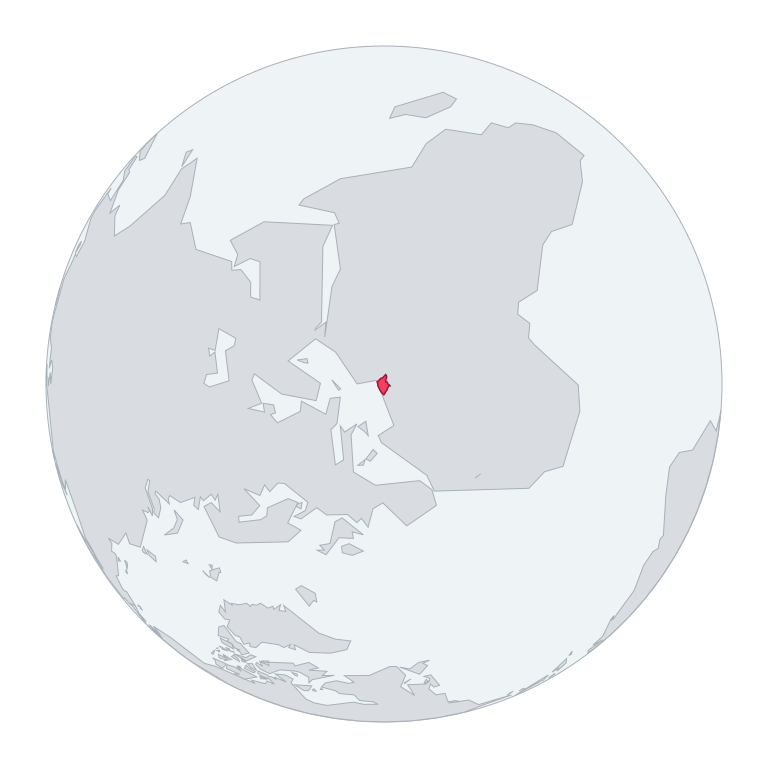 the Earth from above Surt, rotated 222°
{"feature_id": "LBY-2985", "entity_name": "Surt", "entity_type": "Municipality", "adm_level": 1, "iso_a3": "LBY", "parent_name": "Libya", "parent_adm1": "", "projection": "orthographic", "projection_center": [17.512, 29.873], "detail": "fine", "context": "on_globe", "style": "filled", "palette": "rose", "viewbox_px": 768, "rotation_deg": 222, "n_neighbors": 0, "source": "natural_earth", "source_scale": "10m", "svg_char_len": 10643}
<svg xmlns="http://www.w3.org/2000/svg" viewBox="0 0 768 768"><g transform="rotate(222 384 384)"><circle cx="384" cy="384" r="338" fill="#eef3f6" stroke="#a8b0b8"/><path d="M289.7,59.5L299.1,57.0L340.4,49.0L348.9,47.9L351.4,47.7L350.6,47.9L356.4,47.2L386.1,46.1L392.3,46.2L393.0,46.4L379.5,46.8L379.7,47.2L390.3,47.1L397.6,48.0L382.1,47.9L393.3,49.7L372.9,52.8L330.7,56.2L320.3,61.4L279.4,75.1L284.1,75.3L271.6,82.0L272.3,85.1L264.5,87.6L271.9,88.0L278.9,85.2L284.4,84.6L285.5,86.5L275.7,89.7L273.8,89.3L271.5,91.3L266.1,92.3L269.4,92.8L257.4,97.1L270.8,95.8L262.5,101.8L254.1,103.9L253.2,99.8L231.4,97.6L222.6,100.2L211.3,107.0L193.7,127.2L184.8,132.3L174.1,142.0L179.7,140.4L190.2,132.5L198.1,133.0L209.9,124.2L214.9,123.5L227.8,116.9L227.7,122.4L220.7,131.7L210.0,137.8L206.6,142.4L218.3,140.8L200.0,157.4L190.5,178.1L185.5,182.5L173.0,182.0L169.0,170.2L152.8,173.1L165.2,176.3L152.6,188.6L151.3,193.2L153.1,195.9L158.6,193.5L154.7,199.2L141.0,197.3L144.3,192.0L148.6,192.4L146.7,187.4L137.4,187.8L131.7,194.9L123.6,190.7L119.5,196.1L115.4,198.7L122.5,190.2L109.5,205.9L99.1,209.1L81.2,238.3L96.8,209.4L101.1,200.8L104.8,194.0L101.7,198.5L105.6,192.5L120.9,171.9L137.8,152.5L156.2,134.4L175.8,117.8L196.7,102.8L218.6,89.3L241.5,77.6L265.3,67.6L289.7,59.5ZM51.5,323.5L50.9,327.4L52.7,320.7L54.0,323.0L50.3,340.1L54.0,329.6L52.7,342.7L57.6,360.0L56.3,362.4L59.9,397.8L69.7,423.1L72.0,439.5L70.2,445.3L75.0,453.3L75.1,458.5L99.4,489.0L116.2,513.3L118.7,530.7L110.5,541.4L116.9,575.1L105.8,571.4L112.3,583.7L116.0,589.8L101.2,568.9L88.0,546.9L76.5,524.0L66.7,500.3L58.8,475.9L52.8,451.0L48.7,425.6L46.5,400.1L46.2,374.4L47.9,348.8L51.5,323.5ZM76.3,247.1L67.2,277.8L67.5,269.9L68.3,269.2L71.7,259.2L76.2,246.1L77.9,241.0L76.3,247.1ZM83.1,238.9L84.3,234.9L83.8,237.7L83.1,238.9ZM397.3,46.3L398.5,46.4L393.3,46.2L394.0,46.2L397.3,46.3ZM226.9,114.4L227.3,115.6L224.7,116.2L226.9,114.4ZM232.1,110.6L228.9,110.5L230.9,108.7L232.8,108.8L232.1,110.6ZM402.8,47.1L408.0,47.7L400.4,47.0L402.8,47.1ZM235.7,111.4L234.8,105.6L238.4,102.6L248.9,100.8L235.7,111.4ZM409.5,48.2L422.2,50.6L427.0,50.6L420.5,52.9L411.9,49.5L401.7,48.4L408.5,48.6L409.5,48.2ZM280.6,83.6L273.2,86.6L278.4,82.5L280.6,83.6ZM282.5,81.2L290.4,71.0L301.9,68.0L296.9,71.7L311.0,67.1L312.7,70.5L305.4,73.9L297.6,75.0L304.2,75.6L282.5,81.2ZM414.9,54.2L415.9,55.2L412.2,54.3L414.9,54.2ZM287.0,84.1L287.6,82.1L297.6,79.2L298.3,82.9L294.8,82.5L287.0,84.1ZM313.8,64.6L321.4,63.5L324.8,65.8L328.2,65.8L313.7,70.4L313.8,64.6ZM293.1,84.1L298.4,84.9L294.7,88.1L287.2,86.0L293.1,84.1ZM299.9,77.1L304.7,76.0L302.2,77.7L299.9,77.1ZM284.4,100.8L284.9,97.8L290.1,95.9L284.4,100.8ZM300.6,85.0L301.8,83.9L303.9,83.0L306.5,84.3L300.6,85.0ZM317.2,72.0L317.0,73.4L323.3,70.2L326.1,72.3L315.9,75.2L321.5,74.8L322.4,75.5L313.1,77.2L317.2,72.0ZM315.5,82.9L303.6,88.2L301.6,93.8L296.8,95.5L300.9,86.2L315.5,82.9ZM314.9,79.3L314.2,81.9L308.7,82.3L305.8,81.0L314.9,79.3ZM331.7,72.9L330.0,68.9L332.3,68.4L331.7,72.9ZM316.0,84.4L318.9,83.2L316.5,84.7L316.0,84.4ZM328.1,76.1L327.2,74.7L329.8,74.2L328.1,76.1ZM325.5,82.2L321.6,83.7L319.5,82.7L325.5,82.2ZM327.6,79.3L331.4,79.1L321.0,81.4L326.7,78.7L327.6,79.3ZM330.8,76.0L332.0,75.2L330.8,76.7L330.8,76.0ZM335.7,85.7L323.2,88.9L318.5,86.4L331.3,83.5L335.7,85.7ZM518.1,73.8L506.9,69.9L468.9,58.9L484.9,63.1L482.9,63.3L489.6,65.7L500.7,69.2L501.0,68.8L526.9,83.5L556.9,99.7L551.0,93.6L555.8,94.9L584.7,112.8L628.1,152.3L635.0,158.2L641.1,164.9L647.7,173.3L639.0,163.5L638.0,164.0L632.1,157.7L639.7,169.3L631.5,160.9L641.4,174.9L647.0,179.4L643.3,171.6L655.4,188.5L662.5,194.5L672.7,209.1L692.2,247.9L698.1,268.1L700.4,274.1L697.9,272.8L701.9,289.5L712.5,310.8L714.8,319.9L717.8,347.0L716.6,340.6L710.0,337.2L714.1,360.9L719.3,369.1L721.3,387.0L719.6,387.8L717.0,372.6L714.5,370.8L711.4,351.0L702.0,327.6L700.0,340.3L696.5,328.9L683.4,313.6L678.4,331.6L673.1,377.7L678.4,408.2L673.9,426.7L653.4,393.7L642.2,366.9L636.0,374.3L613.8,358.2L579.2,373.1L573.2,366.7L566.9,373.3L551.1,370.4L541.4,359.4L532.4,363.3L557.9,391.8L567.4,387.7L573.9,371.1L579.3,382.4L594.4,387.9L581.7,424.3L528.4,467.5L521.4,445.3L471.8,388.1L472.3,380.3L472.0,379.5L471.3,378.0L468.6,391.0L459.4,379.2L487.8,421.5L493.4,440.4L527.7,469.1L524.9,473.5L535.4,478.2L566.9,460.1L567.5,467.8L553.7,507.5L508.5,563.8L513.5,591.0L508.6,614.6L478.4,634.4L479.0,649.9L463.1,657.6L460.8,666.1L446.8,676.2L424.3,685.8L388.2,687.7L387.6,681.1L371.9,667.2L350.9,628.5L361.6,609.3L359.1,593.6L332.8,556.0L338.7,534.8L331.3,525.3L316.2,526.6L307.4,514.9L298.1,513.8L239.0,513.2L220.2,494.8L195.9,442.6L206.0,426.1L206.5,403.5L274.9,338.1L291.0,344.8L346.6,338.7L353.8,341.8L348.9,359.8L392.0,381.6L404.0,366.1L441.3,375.3L465.1,371.8L470.7,337.0L431.7,342.0L423.3,326.2L453.2,308.1L487.1,304.8L484.9,298.6L462.1,287.9L468.5,275.0L454.0,283.2L460.9,288.8L452.1,294.6L445.3,290.0L447.8,285.3L437.2,283.8L427.9,307.7L433.9,316.0L407.0,322.6L414.4,337.4L407.6,345.0L392.5,323.1L392.9,314.5L366.0,291.3L363.2,300.6L388.4,323.6L381.1,322.0L377.4,336.3L374.5,324.2L347.8,298.1L322.6,303.0L292.8,336.1L277.6,337.5L263.8,328.8L272.2,293.8L305.3,294.9L308.7,283.9L300.0,266.9L310.8,269.1L311.4,262.8L323.7,262.7L339.0,248.3L351.2,247.1L355.4,228.2L362.2,225.4L357.8,237.1L361.3,245.2L391.4,243.5L396.6,239.3L396.9,227.5L405.2,229.2L401.6,218.1L418.0,212.5L395.0,210.5L394.7,198.2L403.5,188.4L399.3,184.3L384.9,200.6L382.9,207.6L387.8,214.0L378.6,234.6L368.7,238.3L362.6,216.4L347.8,219.8L349.6,202.6L387.4,167.0L404.1,160.0L435.8,172.5L433.0,180.3L420.2,179.3L433.7,190.9L431.8,184.7L438.6,186.6L440.1,176.4L445.0,177.3L438.0,166.5L444.2,166.5L448.6,173.3L456.0,159.7L468.4,157.8L467.7,154.4L463.4,151.3L482.0,151.7L480.7,149.2L474.1,148.0L467.1,142.7L462.1,133.7L468.8,134.2L471.5,137.6L487.3,146.0L493.5,155.6L495.7,155.0L491.9,147.0L472.7,136.5L467.8,131.0L477.4,134.8L473.5,133.0L473.2,130.5L479.1,128.8L468.8,124.3L455.9,99.7L466.1,95.1L476.1,100.6L474.1,87.1L485.8,85.0L479.7,83.6L474.6,77.5L470.9,78.0L467.6,77.0L453.0,64.0L454.7,62.2L441.5,57.0L438.4,56.6L436.3,57.5L420.5,52.9L427.0,50.6L433.8,51.5L433.3,50.3L448.8,53.0L461.5,55.4L478.8,60.5L487.3,62.7L486.0,62.1L496.7,65.4L497.0,65.5L518.1,73.8ZM253.4,375.0L252.0,381.7L252.0,381.8L253.4,375.0ZM524.7,318.8L543.8,314.7L532.0,296.0L538.4,293.2L532.1,288.2L531.1,294.7L515.1,280.7L522.2,272.3L518.3,263.9L511.7,265.0L501.3,282.8L524.0,302.5L521.0,312.3L524.7,318.8ZM57.9,360.3L58.1,365.7L56.9,363.0L57.9,360.3ZM65.1,275.3L64.3,279.2L63.1,283.6L63.2,281.7L65.1,275.3ZM65.0,305.9L65.4,311.5L63.9,308.5L65.0,305.9ZM66.3,282.2L64.6,302.1L62.0,298.5L63.4,286.3L63.9,290.6L66.3,282.2ZM78.3,246.3L77.3,249.7L75.9,252.0L78.3,246.3ZM82.8,241.0L82.7,240.4L84.3,236.9L82.8,241.0ZM153.4,188.7L154.4,189.0L155.0,192.7L152.4,192.9L153.4,188.7ZM172.0,200.2L165.3,209.3L168.2,202.5L163.2,203.9L163.3,192.1L183.0,184.1L174.1,189.5L172.0,200.2ZM168.9,175.3L166.6,182.9L168.3,175.0L168.9,175.3ZM302.1,230.7L306.9,235.0L303.1,242.0L287.6,246.0L292.9,235.5L302.1,230.7ZM314.6,239.7L312.8,218.3L322.4,215.8L317.3,220.7L323.8,221.2L317.4,229.3L328.2,248.8L325.5,256.5L298.4,258.1L308.7,252.9L303.4,248.7L314.6,239.7ZM291.5,176.0L290.9,168.9L312.4,172.4L310.5,178.8L295.0,182.4L288.1,177.1L291.5,176.0ZM254.5,110.3L252.9,108.9L255.6,107.8L259.2,108.1L254.5,110.3ZM284.2,99.5L264.5,115.9L261.6,114.9L253.5,126.8L242.8,129.0L248.4,121.1L234.1,132.3L234.8,126.0L226.0,134.2L239.6,116.2L239.7,111.7L243.7,115.7L253.5,113.5L257.8,111.3L270.1,101.9L275.2,92.2L285.8,89.3L291.9,89.9L292.3,91.8L285.3,92.9L290.8,94.6L281.0,97.8L284.2,99.5ZM357.5,110.0L349.2,108.6L358.6,116.5L348.9,118.0L350.6,118.9L344.1,122.8L339.3,129.2L334.6,129.1L334.7,131.7L330.5,134.7L329.1,138.4L320.2,139.8L317.8,144.6L315.0,142.6L313.2,150.7L310.5,145.4L304.8,149.3L310.4,152.3L265.9,155.2L249.3,161.9L236.8,170.8L233.9,161.7L243.7,148.1L259.8,134.6L276.2,130.1L271.9,127.3L278.5,124.4L279.1,127.8L282.1,121.1L287.7,119.8L302.0,110.4L302.8,102.4L308.0,99.2L310.5,101.7L314.0,96.8L322.2,99.6L326.2,97.6L338.2,98.7L340.7,105.5L344.9,102.8L354.3,104.1L357.5,110.0ZM339.0,86.1L344.2,92.9L341.4,97.4L321.6,93.6L316.9,95.1L304.1,93.8L308.4,87.6L311.7,88.4L315.8,87.9L312.8,90.0L318.4,87.9L323.0,89.2L328.6,88.1L328.8,90.5L339.0,86.1ZM361.1,335.0L366.5,335.7L374.8,334.8L372.6,344.2L361.1,335.0ZM342.5,317.4L347.3,316.2L348.3,328.1L342.6,327.8L342.5,317.4ZM349.1,306.0L347.5,315.3L345.0,310.0L349.1,306.0ZM362.1,235.7L367.1,234.2L368.0,236.9L365.6,241.1L362.1,235.7ZM383.5,137.1L379.2,134.8L380.4,133.4L376.5,125.7L383.5,124.5L388.6,128.6L383.5,137.1ZM464.6,343.8L458.2,351.3L454.4,348.7L457.3,346.6L464.6,343.8ZM413.6,348.9L425.6,352.2L412.8,351.4L413.6,348.9ZM390.4,134.4L388.0,131.3L392.9,132.7L390.4,134.4ZM388.3,123.2L394.0,124.0L383.9,123.5L388.3,123.2ZM561.4,597.2L535.3,640.3L520.8,644.3L520.0,634.6L531.0,609.9L548.5,598.6L557.6,585.2L561.4,597.2ZM720.2,418.1L719.6,416.2L712.8,391.5L715.4,386.4L721.2,394.2L721.0,399.6L721.4,403.4L720.2,418.1ZM679.7,410.2L686.1,423.9L683.0,430.0L679.7,410.2ZM703.7,282.3L704.4,287.8L702.7,283.7L700.9,274.4L703.7,282.3ZM680.5,222.0L686.7,233.8L689.1,238.6L686.3,233.3L680.5,222.0ZM446.2,124.8L443.9,136.3L446.9,145.0L455.8,150.0L442.3,148.4L437.7,134.9L446.2,124.8ZM454.0,102.4L446.2,99.0L450.1,97.9L452.4,98.5L454.0,102.4ZM448.9,102.2L438.4,103.1L434.4,99.5L443.5,99.4L448.9,102.2ZM414.5,117.4L413.4,120.7L409.4,119.4L414.5,117.4ZM646.4,171.1L646.1,170.7L643.3,167.3L646.4,171.1ZM586.7,113.6L579.1,108.1L578.0,107.3L586.7,113.6ZM573.5,104.2L574.9,105.3L551.1,92.6L545.0,89.4L560.8,96.2L563.0,97.8L569.6,101.9L573.5,104.2ZM419.3,55.2L416.2,55.2L417.4,54.5L419.3,55.2ZM465.7,77.5L461.4,76.0L462.9,74.8L465.7,77.5ZM450.2,71.6L451.6,73.9L447.4,71.2L450.2,71.6ZM455.0,79.3L450.8,74.6L458.9,79.6L455.0,79.3Z" fill="#d9dde1" stroke="#a8b0b8" stroke-width="1"/><path d="M377.1,375.8L378.2,376.0L380.0,376.0L381.1,376.3L382.2,376.6L383.1,376.8L383.3,376.8L383.5,377.0L383.8,377.2L384.5,377.4L384.9,377.6L385.3,377.7L385.7,377.8L385.8,377.9L385.9,378.1L386.0,378.2L386.6,378.3L387.4,378.6L387.5,378.7L387.7,378.8L388.1,379.4L389.4,380.3L389.7,380.6L389.8,380.7L390.1,380.9L390.4,381.0L390.5,381.0L390.4,382.1L390.2,383.2L390.1,384.2L390.3,385.2L390.1,386.1L389.5,386.9L389.2,388.2L389.1,389.9L389.1,392.1L388.5,392.0L387.7,391.8L387.0,391.3L386.4,390.7L386.2,389.9L386.0,389.2L385.6,388.7L385.1,388.2L384.9,387.6L384.8,387.2L384.4,386.8L384.0,386.8L383.6,387.0L383.1,387.5L382.6,387.3L381.8,387.1L381.3,386.6L380.6,386.5L380.1,386.8L379.1,386.8L378.5,386.7L378.4,386.7L378.9,386.0L379.0,385.4L378.8,384.6L378.7,383.7L378.2,382.5L377.8,381.4L377.7,380.3L377.5,379.2L377.2,377.9L376.9,377.0L377.0,376.0L377.0,375.8L377.1,375.8Z" fill="#f43f5e" stroke="#9f1239" stroke-width="1.5"/></g></svg>